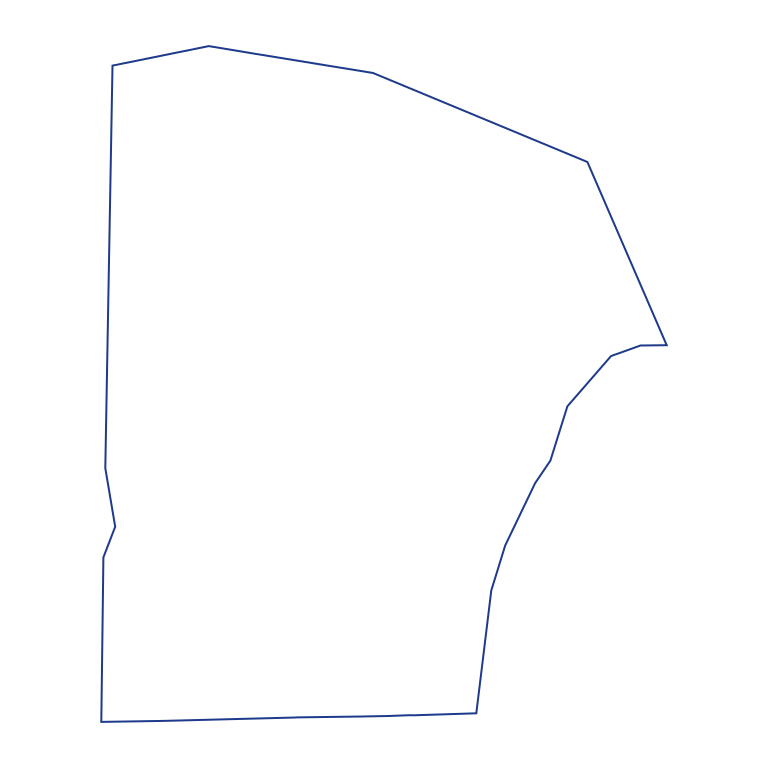 outline of Logan, Kentucky, United States of America
{"feature_id": "52423323B14651853731347", "entity_name": "Logan", "entity_type": "district", "adm_level": 2, "iso_a3": "USA", "parent_name": "United States of America", "parent_adm1": "Kentucky", "projection": "albers", "projection_center": [-86.828, 36.858], "detail": "fine", "context": "isolated", "style": "outline", "palette": "blue", "viewbox_px": 768, "rotation_deg": 0, "n_neighbors": 0, "source": "geoboundaries", "source_scale": "gbopen_adm2", "svg_char_len": 459}
<svg xmlns="http://www.w3.org/2000/svg" viewBox="0 0 768 768"><path d="M666.7,345.2L660.5,330.9L587.4,162.0L373.0,73.0L252.7,53.4L208.8,46.1L112.5,65.6L105.3,468.2L115.2,526.7L103.4,557.4L101.3,721.9L163.5,720.9L295.7,717.5L296.4,717.4L361.7,716.5L388.3,716.0L406.9,715.3L409.7,715.2L413.6,715.3L476.3,713.3L491.3,590.4L505.2,545.5L535.1,483.2L550.4,460.6L567.4,406.3L611.1,356.0L640.5,345.5L666.7,345.2Z" fill="none" stroke="#1e3a8a" stroke-width="2"/></svg>